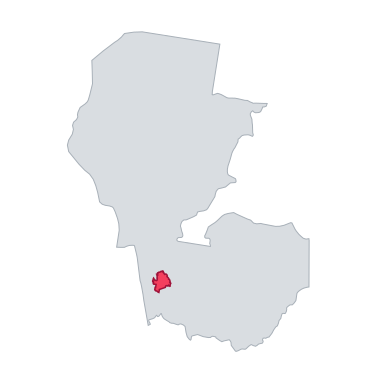 Lusangazi, Eastern, Zambia shown in context, rotated 99°
{"feature_id": "96606910B89827390447979", "entity_name": "Lusangazi", "entity_type": "district", "adm_level": 2, "iso_a3": "ZMB", "parent_name": "Zambia", "parent_adm1": "Eastern", "projection": "mercator", "projection_center": [31.454, -13.775], "detail": "fine", "context": "in_parent", "style": "filled", "palette": "rose", "viewbox_px": 384, "rotation_deg": 99, "n_neighbors": 0, "source": "geoboundaries", "source_scale": "gbopen_adm2", "svg_char_len": 6869}
<svg xmlns="http://www.w3.org/2000/svg" viewBox="0 0 384 384"><g transform="rotate(99 192 192)"><path d="M258.3,257.8L241.2,257.9L234.9,259.3L229.8,261.4L223.7,264.7L220.1,267.1L219.2,268.4L218.7,271.2L218.7,275.6L218.1,278.8L216.2,281.7L206.9,285.2L200.8,288.0L194.9,291.5L190.4,295.9L187.3,301.3L182.2,308.0L171.4,320.1L165.2,322.4L160.0,321.9L153.7,319.3L148.7,318.9L145.0,320.4L141.6,319.9L138.5,317.4L135.8,316.5L133.7,317.2L131.0,317.1L126.0,315.7L121.8,311.4L119.4,309.6L117.6,308.9L112.5,308.2L100.7,307.2L88.5,309.4L77.7,311.5L66.7,301.9L56.2,291.8L54.0,289.3L50.0,285.9L47.1,284.2L46.0,283.4L43.2,274.4L41.6,266.2L41.6,187.6L89.6,187.6L92.7,187.3L92.8,186.4L90.6,182.3L90.7,180.8L91.3,178.0L93.4,172.3L93.5,170.4L92.6,164.3L92.7,160.9L93.2,154.0L92.9,151.6L94.0,148.5L94.4,146.5L94.8,145.6L94.3,143.2L93.3,135.0L92.8,131.6L95.6,132.1L96.6,133.8L97.1,135.6L98.4,135.7L101.9,136.8L103.0,138.3L103.8,141.6L103.4,143.3L102.3,144.7L103.4,145.9L105.6,146.7L107.0,146.4L110.8,144.2L114.4,143.4L116.2,142.8L124.1,141.3L125.7,140.5L126.8,140.5L127.6,141.1L126.9,143.5L126.7,145.6L127.6,149.5L128.4,151.3L130.0,152.6L131.2,153.3L132.6,154.7L135.3,154.5L141.4,156.5L143.2,157.4L145.8,158.3L147.6,158.7L153.9,159.4L160.5,160.5L163.9,160.6L166.3,160.3L168.1,159.7L169.1,159.1L169.6,158.5L172.1,151.1L173.3,150.5L175.0,150.1L175.9,150.8L177.0,155.5L181.8,159.7L183.4,163.3L184.6,166.4L185.7,167.2L187.5,168.2L190.4,168.6L193.0,168.7L205.8,173.9L207.3,174.9L208.8,177.6L209.8,180.8L210.8,183.3L212.5,183.7L214.0,183.9L215.4,185.6L216.5,187.1L220.4,193.3L220.9,195.7L222.7,197.3L225.3,198.0L227.6,198.1L228.9,197.4L232.2,196.1L234.8,194.7L236.7,194.2L237.8,194.5L238.6,195.5L239.2,198.5L241.0,199.6L242.3,199.2L242.9,198.0L242.9,197.4L242.9,165.3L241.7,165.5L240.2,166.4L236.8,166.5L235.5,167.2L235.0,168.2L235.3,169.6L235.4,171.4L234.9,172.2L233.4,172.6L231.2,171.9L227.3,171.0L224.0,170.4L221.7,168.0L218.5,164.4L216.4,162.6L211.4,158.8L210.6,158.0L209.1,156.3L207.7,153.3L206.5,149.8L205.8,147.6L207.0,144.2L210.0,133.2L210.6,129.7L213.1,126.3L213.3,123.1L212.3,119.1L212.5,116.9L212.9,104.3L212.2,100.3L210.5,95.9L206.9,89.8L206.9,88.5L212.5,84.5L214.2,83.0L217.1,79.8L219.0,77.0L220.3,74.8L220.7,72.0L219.8,69.2L221.7,68.7L267.5,61.6L268.1,63.5L269.5,66.6L271.1,68.9L273.1,70.9L274.7,72.1L275.8,72.5L282.9,72.4L285.4,73.6L287.7,75.2L288.2,77.6L289.7,79.1L291.2,80.3L291.9,80.4L293.1,80.1L294.9,80.1L296.7,80.6L297.5,81.1L297.6,83.1L298.2,84.0L300.5,84.4L303.0,84.5L305.3,85.9L307.9,86.1L310.8,86.7L312.2,88.2L315.3,89.7L319.1,91.0L323.3,93.3L323.4,94.0L324.1,95.3L324.9,96.2L324.9,97.6L325.3,98.9L326.4,99.2L327.2,99.3L328.1,98.4L329.2,98.4L330.4,99.0L330.9,100.5L331.8,102.5L333.4,103.8L334.4,105.1L334.1,107.5L333.4,109.7L335.5,111.9L338.3,114.0L339.0,114.9L339.2,117.9L339.6,119.0L341.5,121.5L342.4,123.2L342.4,124.2L337.4,129.2L334.3,130.0L332.9,131.1L332.1,132.1L334.1,137.2L335.2,139.1L334.3,141.5L332.3,145.5L331.4,145.9L331.2,149.0L331.8,150.1L332.8,151.0L333.2,153.1L333.1,158.3L331.9,164.2L334.1,169.3L334.9,169.9L338.0,169.9L338.6,170.4L337.8,171.8L335.6,174.1L331.7,175.9L325.9,177.8L324.7,179.7L324.0,182.4L324.6,184.0L325.4,184.9L325.1,187.3L324.6,189.8L324.8,191.8L324.5,193.5L323.8,194.4L322.8,197.0L321.6,199.7L320.6,200.9L319.2,202.1L316.9,203.2L316.9,203.7L319.5,205.0L320.2,205.8L320.4,206.4L319.3,207.7L320.5,208.5L322.0,209.2L323.3,211.0L324.9,214.3L325.2,214.7L325.6,214.7L326.5,214.3L328.1,213.0L329.2,212.5L330.6,214.4L306.7,222.6L301.0,224.3L292.7,227.2L289.9,228.3L287.7,229.4L265.5,235.8L262.0,237.1L254.1,240.4L253.8,240.9L253.9,242.4L254.6,245.6L256.0,248.4L257.2,250.0L257.9,254.2L258.3,257.8Z" fill="#d9dde1" stroke="#a8b0b8" stroke-width="1"/><path d="M275.2,207.9L274.9,208.0L274.6,208.3L274.5,208.5L274.7,208.8L274.8,208.8L275.0,208.8L275.0,209.0L275.0,209.4L275.1,209.5L275.2,209.8L275.3,209.9L275.3,210.0L275.5,210.0L275.6,210.3L275.7,210.5L275.8,210.7L275.8,210.8L276.0,210.9L275.9,210.9L276.0,211.0L276.1,211.3L276.2,211.2L276.3,211.3L276.3,211.8L276.3,212.0L276.4,212.3L276.5,212.4L276.6,212.5L276.9,212.6L277.1,212.7L277.0,212.9L277.1,213.2L277.3,213.3L277.4,213.2L277.7,213.3L278.2,213.3L278.3,213.5L278.6,213.5L278.7,213.4L278.8,213.3L278.8,213.5L278.9,213.4L279.0,213.4L279.1,213.5L279.2,213.4L279.3,213.4L279.5,213.3L279.8,213.3L279.9,213.2L280.0,213.2L280.0,213.3L280.1,213.2L280.2,213.3L280.3,213.3L280.5,213.3L280.7,213.2L280.8,213.2L281.0,213.2L281.4,213.2L281.6,213.0L281.8,213.1L282.0,213.0L282.3,213.0L282.5,212.9L282.6,213.0L282.7,212.9L282.9,212.9L283.0,212.8L283.1,212.7L283.3,212.7L283.6,212.7L283.8,212.7L284.2,212.6L284.4,212.7L284.5,212.7L285.0,213.1L284.9,213.4L285.0,213.9L285.0,214.1L284.8,214.2L284.8,214.4L284.8,214.5L285.0,214.7L285.0,215.0L284.8,215.4L284.6,215.5L284.4,215.5L284.1,215.8L283.9,215.8L283.7,216.0L283.4,216.2L283.3,216.3L283.2,216.3L283.0,216.5L283.3,216.6L283.6,216.6L283.8,216.6L284.0,216.7L284.3,216.6L284.5,216.6L284.8,216.7L285.0,216.8L285.3,216.8L285.6,216.8L285.8,216.9L286.1,216.9L286.1,217.0L286.3,217.1L286.5,217.2L286.6,217.4L286.6,216.1L288.0,216.1L288.0,215.6L289.0,215.5L288.9,213.0L292.0,213.0L292.0,213.5L294.3,213.5L294.4,213.4L294.5,213.4L294.4,213.4L294.5,213.3L294.4,213.3L294.4,213.2L294.6,213.1L294.8,213.1L294.9,212.9L294.7,212.9L294.8,212.7L295.0,212.5L295.1,212.4L295.1,212.1L295.2,211.9L295.3,211.7L295.4,211.4L295.4,211.2L295.5,211.0L295.5,210.9L295.6,210.7L295.8,210.5L295.8,210.3L295.8,210.2L296.0,210.1L296.2,209.9L296.2,209.7L296.3,209.5L296.3,209.3L296.4,209.0L293.6,208.9L293.4,209.0L290.4,203.4L290.2,203.4L290.0,203.5L289.7,203.4L289.3,203.2L289.2,203.3L289.0,203.2L288.9,203.2L288.7,203.0L288.6,202.9L288.4,202.5L288.4,202.3L288.6,202.4L288.6,202.1L288.6,201.9L288.7,201.7L288.5,201.4L288.4,201.3L288.2,201.1L288.3,201.0L288.2,200.9L288.3,200.8L288.3,200.6L288.3,200.4L288.2,200.4L288.3,200.3L288.4,200.1L288.5,199.9L288.4,199.8L288.3,199.7L288.5,199.6L288.4,199.5L288.4,199.4L288.3,199.2L288.3,199.3L288.2,199.3L288.2,199.0L288.2,198.9L287.9,199.0L287.7,199.0L287.3,199.0L287.2,199.0L286.8,199.0L286.7,199.1L286.4,199.1L286.0,199.0L285.9,199.0L285.8,198.8L285.7,198.9L285.4,198.9L285.2,198.9L285.0,199.0L284.9,199.2L284.8,199.3L284.9,199.5L284.8,199.8L284.7,199.9L284.4,199.8L284.2,199.7L283.8,199.6L283.5,199.7L283.2,200.1L282.9,200.1L282.6,200.1L282.3,200.3L282.0,200.6L281.9,200.8L281.9,201.2L281.8,201.5L281.7,201.5L281.1,201.4L281.0,201.5L280.8,201.7L280.6,201.9L280.4,202.1L280.2,202.5L280.0,202.8L279.9,203.0L279.7,203.2L279.6,203.4L279.5,203.5L279.3,203.5L279.2,203.3L279.1,203.2L278.9,203.2L278.5,203.4L278.2,203.6L277.6,203.9L277.5,204.0L277.4,204.3L277.2,204.5L277.1,204.9L277.2,205.0L277.2,205.5L277.3,205.8L277.5,205.9L277.6,206.0L277.4,206.2L277.3,206.3L277.0,206.9L276.7,206.9L276.6,207.0L276.2,207.1L275.8,207.4L275.7,207.5L275.9,208.0L275.6,208.2L275.4,208.1L275.2,207.9Z" fill="#f43f5e" stroke="#9f1239" stroke-width="1.5"/></g></svg>